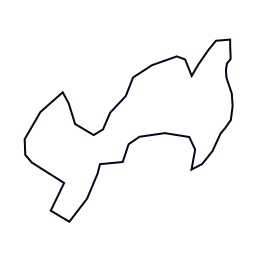 map outline of Preilu (Robinson projection), rotated 277°
{"feature_id": "LVA-1089", "entity_name": "Preilu", "entity_type": "Municipality", "adm_level": 1, "iso_a3": "LVA", "parent_name": "Latvia", "parent_adm1": "", "projection": "robinson", "projection_center": [26.704, 56.28], "detail": "fine", "context": "isolated", "style": "outline", "palette": "ink", "viewbox_px": 256, "rotation_deg": 277, "n_neighbors": 0, "source": "natural_earth", "source_scale": "10m", "svg_char_len": 696}
<svg xmlns="http://www.w3.org/2000/svg" viewBox="0 0 256 256"><g transform="rotate(277 128 128)"><path d="M162.4,229.2L148.5,229.1L140.0,224.6L133.9,220.6L115.4,214.7L101.3,206.0L94.5,196.1L114.8,197.3L126.5,189.9L127.4,165.2L120.7,140.5L112.0,130.6L93.6,126.9L88.7,104.6L79.1,103.4L52.9,96.0L27.8,81.2L36.5,61.4L65.6,71.3L82.0,36.7L88.8,29.3L104.3,26.8L133.3,39.2L155.5,58.9L144.9,66.3L125.5,75.0L116.8,94.8L123.6,103.4L141.0,108.4L159.4,121.9L178.8,126.9L193.3,144.2L205.0,167.7L203.0,176.3L187.5,184.9L199.2,189.9L215.6,198.5L225.3,204.7L228.2,218.6L220.6,219.6L209.1,221.5L204.0,218.3L197.6,218.2L190.1,219.5L174.9,226.8L162.4,229.2Z" fill="none" stroke="#020617" stroke-width="2"/></g></svg>